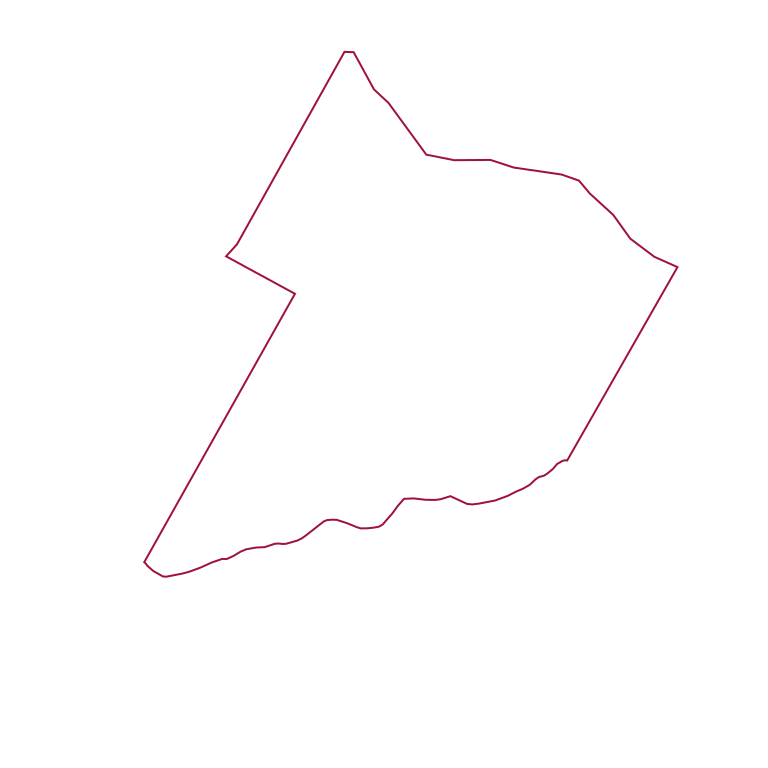 Pike, Illinois, United States of America, rotated 299°
{"feature_id": "52423323B65966089908040", "entity_name": "Pike", "entity_type": "district", "adm_level": 2, "iso_a3": "USA", "parent_name": "United States of America", "parent_adm1": "Illinois", "projection": "orthographic", "projection_center": [-91.041, 39.62], "detail": "fine", "context": "isolated", "style": "outline", "palette": "rose", "viewbox_px": 768, "rotation_deg": 299, "n_neighbors": 0, "source": "geoboundaries", "source_scale": "gbopen_adm2", "svg_char_len": 1150}
<svg xmlns="http://www.w3.org/2000/svg" viewBox="0 0 768 768"><g transform="rotate(299 384 384)"><path d="M636.8,232.4L659.5,196.6L655.3,188.4L435.0,187.7L419.1,184.0L419.7,262.4L111.9,260.7L111.3,263.1L110.3,265.0L108.6,272.9L108.5,284.0L110.0,287.1L120.3,299.4L125.4,304.7L134.7,312.7L144.2,319.7L151.8,326.6L152.7,327.5L154.7,331.3L160.6,335.7L167.8,339.8L172.7,343.7L179.1,351.6L183.4,358.7L191.4,366.0L193.4,369.2L195.0,373.0L196.6,375.6L204.8,383.9L208.9,386.8L213.4,389.0L234.5,397.9L237.3,400.1L240.0,404.1L242.3,408.5L242.5,409.7L244.3,418.7L245.6,429.7L246.5,433.8L249.8,439.5L253.2,444.4L256.7,448.7L260.3,450.9L275.2,454.1L283.7,455.1L293.3,457.2L298.4,465.6L302.9,476.5L307.4,484.9L310.5,489.2L318.1,496.5L319.4,514.8L321.4,519.5L325.8,525.5L336.0,537.7L346.1,546.4L354.1,551.8L359.8,556.3L366.6,560.4L374.0,562.7L377.7,564.6L381.3,568.3L384.7,570.2L391.6,572.9L398.0,574.2L403.1,577.3L404.3,578.4L405.5,580.2L405.9,581.3L628.5,584.0L626.3,558.9L630.5,529.0L643.0,502.6L650.4,471.6L656.4,456.0L653.3,437.8L636.2,392.5L631.6,368.5L613.8,336.9L605.1,309.8L632.0,251.7L636.8,232.4Z" fill="none" stroke="#9f1239" stroke-width="2"/></g></svg>